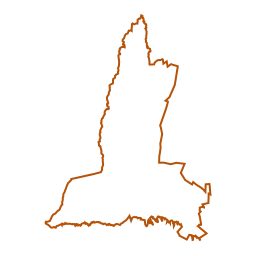 Zvimba, Mashonaland West, Zimbabwe
{"feature_id": "62879985B3462136177187", "entity_name": "Zvimba", "entity_type": "district", "adm_level": 2, "iso_a3": "ZWE", "parent_name": "Zimbabwe", "parent_adm1": "Mashonaland West", "projection": "equal_earth", "projection_center": [30.365, -17.376], "detail": "fine", "context": "isolated", "style": "outline", "palette": "amber", "viewbox_px": 256, "rotation_deg": 0, "n_neighbors": 0, "source": "geoboundaries", "source_scale": "gbopen_adm2", "svg_char_len": 5862}
<svg xmlns="http://www.w3.org/2000/svg" viewBox="0 0 256 256"><path d="M191.2,235.1L192.1,236.9L192.6,239.9L193.1,239.7L193.0,237.3L193.5,236.7L193.1,235.8L195.1,236.3L195.6,235.7L195.9,236.0L195.8,236.5L196.9,237.8L197.3,237.2L198.6,238.0L200.4,240.6L199.3,238.2L206.6,233.4L197.9,226.2L198.5,225.9L199.2,224.7L200.8,225.0L201.1,224.3L199.8,216.6L198.8,213.6L200.7,211.6L199.7,210.6L199.8,207.6L202.0,206.9L204.0,207.4L204.0,207.2L202.5,204.4L208.4,203.0L208.7,193.6L210.4,194.5L209.7,185.8L209.4,184.0L205.7,184.3L205.4,191.9L203.1,189.3L201.0,187.6L196.5,184.8L193.2,182.1L192.1,184.5L185.2,180.0L180.8,173.0L184.6,163.8L176.2,162.8L170.8,164.2L164.0,162.7L159.1,162.7L159.3,156.1L159.9,152.9L160.6,147.9L160.3,143.7L162.2,134.1L160.6,126.6L160.1,125.6L165.9,109.1L167.5,103.6L167.9,101.6L165.6,100.7L169.5,97.1L174.8,84.9L177.8,66.3L171.0,64.2L167.6,66.7L166.7,61.4L163.4,63.7L162.9,59.7L162.4,59.2L160.3,60.1L159.2,60.0L157.3,60.4L154.7,62.6L154.1,64.4L149.6,64.6L149.4,64.1L149.5,62.2L149.0,58.5L148.6,57.2L148.3,56.8L148.6,56.2L148.5,55.4L148.8,54.6L148.3,53.9L149.0,51.9L150.3,51.6L150.5,50.6L150.2,50.2L150.0,48.9L148.0,48.0L147.6,48.1L147.2,47.7L147.3,47.2L147.8,47.0L147.8,46.7L147.7,46.4L146.9,46.3L146.8,43.0L145.9,41.9L146.1,40.8L145.6,39.0L146.3,38.1L146.2,36.2L146.5,34.0L146.6,31.5L145.9,29.2L145.5,28.8L145.9,28.6L145.9,28.1L146.3,27.8L145.9,27.3L145.9,26.7L146.4,25.4L146.0,24.2L145.5,24.2L144.3,23.1L144.5,22.2L144.4,21.7L143.6,21.8L143.3,21.5L143.4,21.1L143.7,21.1L143.4,18.3L143.1,17.9L142.5,17.9L142.4,17.6L142.5,16.0L141.3,15.4L140.8,17.2L139.9,18.8L138.8,18.7L137.5,20.1L137.7,21.5L137.3,23.6L136.2,23.4L134.2,24.3L133.4,24.0L132.6,23.4L132.2,23.7L131.9,24.6L131.9,26.9L131.5,28.1L131.7,28.9L131.7,30.9L130.8,30.3L129.8,30.7L128.8,30.6L127.7,33.4L126.0,34.1L125.5,34.7L124.7,35.8L124.5,37.2L124.1,38.2L122.9,39.4L122.6,40.2L122.6,41.2L123.9,42.0L123.8,42.7L123.0,44.0L123.0,44.4L123.3,44.9L124.0,44.6L124.4,44.8L124.7,47.3L123.2,46.9L122.0,47.0L120.4,47.8L119.7,48.7L120.0,49.5L119.3,50.6L119.2,52.6L120.1,53.6L120.2,54.1L120.1,54.3L119.2,54.2L118.6,55.0L118.4,55.9L119.2,61.9L118.9,66.0L118.0,68.2L118.5,69.9L118.4,70.9L117.9,71.9L118.1,73.4L117.7,73.9L115.9,74.7L115.7,75.2L115.0,75.9L115.2,76.8L114.9,77.8L114.5,78.3L113.7,78.5L113.2,79.0L113.0,80.2L113.0,82.7L112.8,83.5L110.9,84.4L109.6,85.3L109.5,86.5L109.9,87.4L109.7,88.8L109.9,89.5L109.9,90.5L109.3,91.3L108.8,92.8L108.7,94.7L107.9,95.5L107.1,97.0L107.0,98.0L107.0,99.2L108.2,103.0L107.6,104.1L107.1,104.0L107.0,105.0L107.4,106.1L108.5,106.7L108.8,108.7L108.0,109.2L107.3,108.8L106.9,108.9L105.7,110.0L104.7,111.7L104.6,113.4L104.9,114.0L104.8,114.3L103.5,116.1L102.9,117.9L102.0,118.6L101.3,121.0L101.5,122.1L101.0,123.0L101.6,124.2L102.3,126.7L101.4,127.8L100.1,131.0L100.5,132.2L100.0,132.8L99.7,134.8L100.5,137.7L100.3,138.4L99.7,139.4L99.9,141.4L99.8,141.6L98.6,141.8L98.6,142.0L99.1,145.7L99.7,146.1L100.2,146.1L100.6,146.8L100.6,148.1L101.3,149.7L101.3,150.7L101.5,151.3L101.3,152.3L101.4,153.3L101.7,153.8L102.8,154.7L102.8,155.4L103.2,156.0L103.1,156.8L102.4,157.8L102.9,159.7L102.7,161.1L103.0,163.1L103.1,165.1L102.0,167.7L102.1,169.7L101.2,171.6L100.9,172.2L94.7,173.8L71.3,179.0L71.3,180.0L68.1,183.1L67.0,185.5L64.3,192.7L63.4,194.0L63.2,197.0L62.7,197.8L62.8,199.9L62.1,202.4L62.3,204.6L61.7,205.0L60.7,206.6L59.8,209.1L59.3,210.0L58.0,210.6L55.2,213.6L53.5,214.4L52.9,215.0L52.0,216.3L49.9,221.0L46.7,221.9L45.9,221.7L45.6,222.5L45.7,223.3L46.2,223.9L48.1,224.7L51.0,227.5L52.6,227.6L53.8,227.0L55.6,227.7L55.9,227.6L55.9,227.0L56.8,226.0L58.4,225.6L60.8,224.3L61.3,224.3L61.8,225.0L61.9,224.1L62.3,223.5L62.8,223.7L63.2,224.2L63.7,224.5L64.4,224.1L65.1,223.1L65.7,223.8L66.7,223.4L67.1,223.9L69.6,223.7L72.4,224.3L72.7,224.0L74.4,224.1L75.2,225.6L75.4,225.3L76.0,225.3L75.8,224.4L76.0,224.1L76.5,224.0L77.0,224.6L77.9,224.4L78.2,225.5L79.7,225.0L80.5,225.7L81.0,225.3L81.0,224.5L82.0,223.6L82.5,223.6L83.8,223.0L84.5,223.0L84.8,222.5L85.4,223.9L86.4,223.6L86.3,223.2L86.6,223.2L87.2,223.6L87.6,224.6L88.1,224.6L88.8,225.7L89.3,225.3L89.5,224.5L90.0,224.8L90.1,224.4L90.6,224.1L91.4,222.9L91.5,222.3L92.2,222.3L92.6,222.6L92.8,222.0L93.5,221.7L94.1,221.9L94.6,222.6L96.8,222.0L99.4,222.2L99.4,222.6L100.4,222.7L101.1,223.4L102.5,223.5L103.1,224.2L104.3,223.7L105.2,223.7L106.9,225.1L107.7,224.4L108.6,224.8L108.9,224.0L109.4,223.9L110.8,225.2L111.8,224.9L113.1,225.7L113.4,225.3L114.1,225.7L115.4,224.4L116.3,224.0L118.4,224.3L120.0,225.0L121.2,223.5L122.7,222.9L123.4,222.0L125.3,220.9L127.0,219.3L129.5,215.8L131.1,220.7L132.3,217.7L134.5,216.9L135.5,217.3L136.5,217.1L137.3,217.7L137.6,218.3L139.1,217.8L140.6,218.0L141.1,218.4L140.7,219.5L144.7,220.1L145.3,224.6L146.4,226.2L146.8,226.1L147.4,225.1L148.0,222.8L148.1,220.7L148.5,219.9L148.7,220.2L149.4,222.8L149.9,223.2L150.3,222.9L151.5,223.0L152.4,224.1L153.0,225.2L153.0,224.5L152.1,222.4L150.6,220.4L150.5,219.0L150.1,218.3L150.2,217.7L151.5,216.5L152.1,217.0L152.5,216.8L153.2,217.2L153.0,218.2L153.1,218.6L154.3,218.8L154.8,219.5L155.4,219.4L155.1,220.2L155.6,220.8L156.1,220.0L156.7,220.7L156.8,221.5L157.3,221.4L158.0,222.7L157.9,221.4L157.2,219.2L157.1,218.1L157.9,216.5L158.5,216.5L159.3,217.2L159.5,216.9L160.1,217.3L160.6,217.2L161.0,217.6L161.2,218.1L161.3,219.4L161.9,220.6L162.1,221.5L162.3,220.4L161.9,219.1L162.3,217.3L164.1,218.1L164.4,218.8L164.7,218.3L165.5,218.3L166.1,219.5L167.1,219.7L167.3,220.0L167.3,220.8L167.1,221.9L168.0,220.8L168.5,221.3L168.7,222.1L169.1,221.8L169.5,221.9L170.0,222.8L170.0,221.8L170.4,221.1L171.1,220.5L172.1,220.5L172.9,221.8L172.9,223.1L173.6,224.1L173.8,226.1L174.3,225.0L174.2,222.6L174.5,222.1L175.0,222.4L176.6,221.7L177.4,223.9L177.6,223.6L177.7,222.4L178.1,222.2L178.6,223.6L179.4,224.4L180.0,224.8L180.9,224.2L181.9,226.8L177.5,231.9L179.5,235.2L179.5,235.7L186.8,239.5L189.2,234.9L191.2,235.1Z" fill="none" stroke="#b45309" stroke-width="2"/></svg>